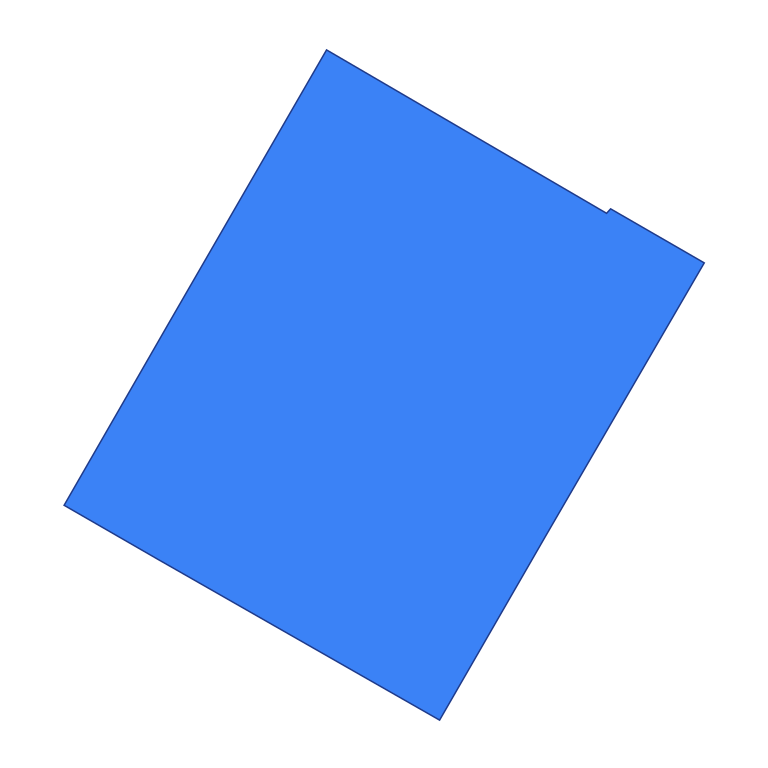 outline of Lincoln, Kansas, United States of America, rotated 120°
{"feature_id": "52423323B2228267631345", "entity_name": "Lincoln", "entity_type": "district", "adm_level": 2, "iso_a3": "USA", "parent_name": "United States of America", "parent_adm1": "Kansas", "projection": "equal_earth", "projection_center": [-98.224, 39.045], "detail": "fine", "context": "isolated", "style": "filled", "palette": "blue", "viewbox_px": 768, "rotation_deg": 120, "n_neighbors": 0, "source": "geoboundaries", "source_scale": "gbopen_adm2", "svg_char_len": 291}
<svg xmlns="http://www.w3.org/2000/svg" viewBox="0 0 768 768"><g transform="rotate(120 384 384)"><path d="M119.0,167.2L119.0,275.3L124.9,276.6L123.4,600.8L439.2,600.8L649.0,600.4L648.9,491.8L647.3,167.8L435.9,168.0L119.0,167.2Z" fill="#3b82f6" stroke="#1e3a8a" stroke-width="1.5"/></g></svg>